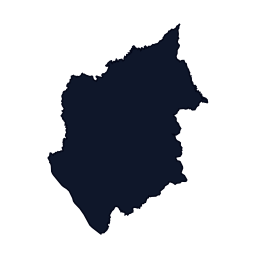 outline of Wang Chao, Tak, Thailand, rotated 184°
{"feature_id": "78962969B10518066707852", "entity_name": "Wang Chao", "entity_type": "district", "adm_level": 2, "iso_a3": "THA", "parent_name": "Thailand", "parent_adm1": "Tak", "projection": "robinson", "projection_center": [99.133, 16.616], "detail": "fine", "context": "isolated", "style": "filled", "palette": "ink", "viewbox_px": 256, "rotation_deg": 184, "n_neighbors": 0, "source": "geoboundaries", "source_scale": "gbopen_adm2", "svg_char_len": 5831}
<svg xmlns="http://www.w3.org/2000/svg" viewBox="0 0 256 256"><g transform="rotate(184 128 128)"><path d="M203.6,88.2L202.6,87.3L201.7,85.1L201.0,79.3L199.9,77.2L198.6,75.6L190.0,66.5L188.3,65.2L184.8,63.3L182.1,61.1L178.2,54.4L177.1,51.2L175.6,49.3L170.2,44.4L165.7,38.8L159.2,28.6L156.6,26.4L147.7,20.5L147.3,21.6L144.7,22.0L144.3,22.4L144.2,23.1L143.5,23.3L142.7,24.2L142.5,24.8L142.1,24.9L141.7,25.8L141.9,26.5L141.1,26.9L141.2,27.6L140.8,28.4L141.4,28.6L141.9,30.7L141.2,32.1L140.3,31.6L140.0,32.6L140.2,33.3L139.9,34.4L140.3,36.7L139.6,37.7L140.5,39.4L140.3,40.4L139.2,42.6L139.4,43.6L138.7,43.7L138.6,44.3L136.9,45.8L135.7,48.6L134.2,49.2L132.1,48.6L131.8,48.1L131.1,47.7L131.0,47.0L130.2,45.8L129.4,45.4L129.2,44.1L128.3,44.2L127.9,44.6L127.7,44.1L127.0,43.8L125.7,44.0L124.9,43.1L124.8,41.3L123.3,42.3L122.2,41.3L121.2,42.8L119.5,43.3L118.4,44.2L117.4,44.6L117.4,46.3L118.2,47.8L116.9,49.3L115.4,49.5L113.0,49.0L112.7,49.5L110.9,48.9L110.6,50.6L110.1,51.2L109.3,51.3L109.5,53.0L108.8,53.6L107.4,53.8L106.2,55.0L105.5,55.1L104.4,59.2L102.9,59.9L102.5,61.6L100.7,61.2L99.9,61.6L95.5,62.1L93.7,63.5L92.1,63.7L91.3,65.3L91.8,66.1L91.6,67.4L88.1,70.7L87.6,72.7L84.3,75.0L83.3,77.1L81.6,77.3L78.9,76.4L77.1,75.2L75.7,76.4L72.2,77.1L71.0,78.7L67.2,78.8L66.1,79.3L65.8,80.3L68.5,84.4L71.8,86.3L72.0,87.6L70.8,91.7L71.1,93.3L73.8,98.0L74.9,98.4L76.7,98.5L78.2,100.7L78.3,101.8L78.0,102.5L74.3,103.4L73.8,103.9L73.6,105.1L73.0,105.2L72.8,106.7L73.5,107.9L73.4,108.6L72.8,109.4L73.2,110.1L73.0,112.1L73.5,112.2L73.8,113.1L74.4,113.5L74.8,114.4L74.8,116.8L76.0,117.7L78.7,118.8L80.1,120.7L80.8,123.2L82.8,124.8L81.4,124.9L80.4,124.3L79.2,124.6L76.4,126.9L76.5,128.1L75.8,130.7L75.4,131.1L77.6,134.2L77.9,135.5L78.6,135.6L78.7,136.4L79.7,137.0L80.4,137.8L80.7,138.7L80.7,140.5L81.4,141.9L83.0,142.6L82.9,143.0L83.5,144.5L81.9,145.1L80.3,146.5L80.1,148.1L79.0,149.0L78.6,150.4L77.1,151.0L73.6,151.5L72.0,151.0L70.4,151.4L69.4,152.6L68.1,151.6L66.5,152.0L65.8,151.0L65.1,150.6L62.6,151.0L61.1,154.2L59.2,155.6L59.2,157.5L56.8,160.4L55.2,159.2L54.1,159.6L52.9,159.1L51.7,159.3L50.9,158.8L50.5,159.2L51.2,161.8L52.0,162.1L52.2,162.6L52.9,162.3L53.5,163.4L54.1,163.1L54.8,163.5L55.2,162.1L56.5,162.8L56.2,164.2L56.9,164.2L57.3,164.8L56.8,165.8L57.4,165.9L57.4,166.7L58.0,166.5L58.7,167.1L58.7,168.5L59.6,168.4L60.5,169.8L61.4,169.0L61.9,169.7L62.7,169.5L62.7,170.8L63.9,171.3L63.8,171.7L63.0,172.1L63.7,172.3L63.9,172.9L62.9,173.4L62.9,174.0L64.1,175.1L65.4,174.7L66.2,175.4L66.2,176.1L66.8,176.4L66.6,177.2L67.2,177.2L67.2,177.8L67.7,178.0L67.5,178.5L68.1,178.6L68.0,179.3L68.4,179.8L68.2,180.3L68.5,181.7L68.4,182.3L68.8,182.5L69.3,183.5L68.9,184.2L69.9,184.3L70.3,185.1L70.6,186.8L70.4,187.7L71.5,188.9L71.5,189.7L72.6,191.6L73.3,192.2L73.8,193.8L74.4,194.1L74.2,195.1L74.6,196.3L75.9,196.7L77.0,199.2L78.9,199.0L81.0,197.8L82.1,199.1L82.8,199.2L84.0,200.0L84.8,201.3L85.3,203.2L84.4,205.7L84.6,209.4L83.1,212.0L82.7,213.6L82.7,214.2L84.5,216.0L85.0,218.1L84.4,219.7L84.5,220.4L83.8,221.1L84.6,222.2L84.5,225.4L85.3,229.5L84.4,231.1L84.5,233.0L83.6,235.5L84.9,233.8L86.3,232.9L86.9,231.1L89.3,229.2L91.4,229.4L92.5,227.9L94.0,227.4L94.4,225.8L97.8,223.1L98.1,221.9L99.1,220.5L99.0,219.2L101.0,217.3L102.1,217.1L103.0,215.5L104.1,214.2L106.7,213.5L107.5,212.7L109.0,212.9L110.7,211.1L111.6,210.8L113.1,210.8L113.3,210.6L113.4,209.8L114.2,209.7L114.8,209.2L115.5,210.2L116.4,210.9L117.2,210.1L116.8,208.9L117.0,208.1L117.7,207.8L118.9,208.6L120.0,208.8L120.4,206.6L120.7,206.2L121.5,207.6L122.6,208.2L123.0,208.2L122.9,207.6L123.7,207.0L125.0,208.0L127.3,207.4L127.6,208.0L126.5,208.2L126.4,208.6L127.5,210.0L128.1,210.2L129.0,209.4L128.5,208.1L128.6,207.4L129.5,207.7L129.8,207.4L129.6,205.6L130.4,205.9L131.2,205.2L131.1,204.8L130.0,204.1L129.9,203.7L130.5,203.2L132.5,202.9L131.6,201.8L131.8,201.5L134.3,201.1L134.4,199.2L134.8,198.5L136.1,199.1L136.6,197.4L136.5,195.9L137.2,194.9L138.0,194.8L139.0,196.0L141.0,195.5L141.6,195.2L142.0,193.9L142.6,193.4L143.2,193.8L143.9,195.3L144.4,195.7L145.2,192.7L145.8,192.5L146.2,193.3L146.8,193.3L148.3,191.3L149.1,192.1L148.9,193.2L149.2,193.8L150.3,193.4L152.4,191.4L153.2,189.8L154.4,188.8L154.2,188.4L153.4,188.2L152.6,188.4L151.7,189.2L151.2,189.1L151.3,186.9L152.8,182.6L155.3,180.2L156.7,180.3L157.3,179.8L157.7,179.0L157.0,178.1L156.8,177.3L157.7,176.4L161.5,177.0L162.7,177.5L163.2,177.3L163.3,176.9L162.2,176.0L161.8,175.2L162.4,173.2L163.0,172.4L165.7,173.5L166.8,175.6L166.8,176.4L167.6,177.2L169.5,176.5L173.7,177.6L175.3,178.5L176.8,178.5L177.3,179.2L177.7,178.9L178.4,177.1L179.8,176.0L181.5,175.6L182.0,175.8L182.3,175.3L183.0,175.1L183.4,175.8L185.2,175.9L186.0,176.6L188.0,175.6L187.9,174.6L187.3,173.2L188.9,172.3L188.8,170.9L189.4,168.6L190.1,168.3L190.7,168.4L191.8,166.5L191.8,165.4L190.5,164.6L190.2,163.9L190.7,162.9L191.7,162.2L192.1,160.9L194.5,159.8L195.0,159.0L194.8,158.6L195.1,157.6L196.1,155.3L195.1,152.3L195.9,150.1L195.1,149.4L195.1,148.3L195.6,147.3L194.8,146.5L194.9,145.8L192.8,143.0L193.5,141.0L194.7,140.4L193.4,139.2L193.7,138.2L194.4,137.3L194.6,136.3L195.1,136.1L195.4,135.5L194.2,134.3L193.8,133.0L193.3,133.0L193.3,132.1L192.6,131.7L191.9,130.5L191.0,130.2L190.7,128.6L190.9,126.7L189.7,126.8L189.3,126.4L189.8,125.5L189.9,124.3L188.7,123.7L188.7,123.2L189.6,121.6L188.6,119.2L188.7,118.6L189.2,118.2L189.7,116.3L189.3,115.2L188.5,114.3L188.2,113.1L189.6,112.6L190.8,113.0L191.0,112.8L190.6,112.3L191.4,111.7L190.7,110.9L191.6,110.4L191.3,109.6L191.7,109.2L191.5,108.5L190.9,108.3L191.3,106.8L190.7,105.4L191.1,104.5L192.1,104.0L191.7,102.4L191.2,102.1L191.1,101.1L191.5,100.6L193.4,100.2L194.2,99.4L194.8,99.5L195.3,99.1L196.2,99.5L197.2,98.5L198.4,98.4L198.7,97.3L199.6,97.4L200.4,96.8L200.6,95.9L201.5,96.2L203.3,97.6L203.9,97.4L204.1,94.1L205.3,93.2L205.5,92.5L203.4,89.2L203.6,88.2Z" fill="#0f172a" stroke="#020617" stroke-width="1.5"/></g></svg>